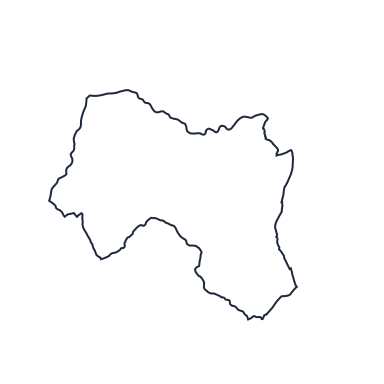 the district of Sutatenza, Boyacá, Colombia, rotated 208°
{"feature_id": "7082276B29304036127209", "entity_name": "Sutatenza", "entity_type": "district", "adm_level": 2, "iso_a3": "COL", "parent_name": "Colombia", "parent_adm1": "Boyacá", "projection": "robinson", "projection_center": [-73.439, 5.025], "detail": "fine", "context": "isolated", "style": "outline", "palette": "slate", "viewbox_px": 384, "rotation_deg": 208, "n_neighbors": 0, "source": "geoboundaries", "source_scale": "gbopen_adm2", "svg_char_len": 6054}
<svg xmlns="http://www.w3.org/2000/svg" viewBox="0 0 384 384"><g transform="rotate(208 192 192)"><path d="M314.0,117.2L310.6,116.8L307.6,116.3L306.6,115.9L305.8,115.5L304.5,114.1L303.7,113.8L302.6,113.7L300.2,113.8L299.5,113.8L297.8,113.3L296.6,112.7L294.3,111.0L292.8,110.4L291.6,113.1L291.0,114.1L287.4,117.0L286.5,118.0L284.5,117.1L281.9,116.0L281.7,116.1L281.6,117.6L279.9,120.9L279.5,121.4L278.7,121.1L278.0,120.5L277.4,119.2L276.6,117.2L275.3,115.7L274.2,113.7L273.3,111.7L272.7,111.0L271.1,109.3L269.5,108.1L265.4,105.7L263.8,104.5L259.8,102.1L258.9,101.4L257.5,99.9L256.0,99.4L255.4,99.0L252.9,96.2L250.6,94.9L247.7,92.3L246.8,91.6L244.8,91.1L242.6,91.1L242.0,90.9L240.9,89.9L239.1,91.6L235.8,95.6L235.3,96.6L234.6,99.1L234.2,99.8L233.6,100.6L230.6,103.1L229.8,104.3L229.5,105.1L228.8,106.3L228.3,107.6L228.2,108.9L227.7,109.5L226.4,110.3L226.0,111.1L225.8,112.1L226.0,112.8L226.3,113.3L227.3,114.5L227.6,115.3L227.4,116.6L227.7,117.2L227.8,118.1L227.6,121.1L227.3,121.9L226.2,123.0L224.8,126.9L224.8,127.5L225.4,129.5L224.9,131.0L224.2,134.0L223.3,136.5L222.5,137.8L221.7,138.7L220.9,139.1L219.7,139.1L218.7,139.6L218.4,140.1L218.0,141.1L217.9,141.7L218.3,143.7L218.1,144.9L217.4,147.2L215.9,150.1L214.2,150.6L212.7,151.5L211.5,151.8L210.7,152.0L206.5,152.2L205.1,152.8L203.7,153.2L203.3,153.2L201.7,152.7L200.8,152.6L198.1,153.0L195.3,152.9L193.4,153.4L191.7,153.5L189.9,152.7L189.2,152.2L187.3,150.7L185.4,149.4L181.4,147.4L177.7,146.8L176.4,146.9L174.6,146.4L173.8,145.7L173.0,144.6L172.5,144.1L172.0,143.8L169.7,143.5L169.2,143.6L168.5,143.8L166.4,145.0L165.5,145.4L162.5,146.3L161.5,145.8L159.9,145.9L158.1,145.1L155.8,143.8L155.4,143.4L155.0,142.7L155.1,141.5L154.9,140.9L153.8,138.2L152.5,133.7L151.8,132.2L151.0,130.1L151.0,129.9L152.3,128.2L153.0,126.0L153.1,125.3L152.8,125.0L152.0,123.9L151.0,123.0L147.9,121.5L147.0,121.2L146.4,121.1L145.5,121.2L144.9,121.2L143.5,120.7L142.5,120.3L139.6,118.5L138.6,117.5L137.4,114.7L136.7,113.5L136.3,112.9L135.4,112.3L134.3,111.9L132.2,111.5L130.5,111.1L129.1,111.1L127.3,111.4L125.9,112.3L124.2,112.8L118.3,113.2L117.7,113.1L116.6,112.8L115.5,113.4L114.4,113.7L113.7,113.6L112.1,112.9L111.6,112.9L111.1,113.0L109.3,113.7L108.2,113.8L107.5,113.5L107.0,112.8L106.4,111.7L105.9,111.1L105.0,110.6L102.9,110.5L101.5,111.0L99.9,111.1L99.1,110.9L97.4,110.3L96.7,109.9L95.8,109.7L93.6,109.9L91.6,110.4L91.1,110.4L90.5,110.2L88.4,109.0L87.3,108.6L85.6,108.4L85.0,108.1L82.6,105.8L80.8,108.1L79.5,111.0L78.8,111.7L76.8,111.7L76.3,111.8L73.5,113.4L72.2,113.6L71.8,113.5L70.9,112.6L70.7,112.5L70.0,113.1L70.1,115.9L70.4,117.0L69.9,117.7L68.9,118.5L69.0,119.2L68.5,119.6L68.4,120.9L67.7,123.0L67.2,125.6L66.8,126.9L66.0,134.1L65.5,136.6L64.3,141.1L63.7,142.2L60.4,144.1L58.5,145.8L57.6,146.9L57.2,147.6L56.5,152.0L55.7,155.4L54.9,157.4L56.8,158.4L60.2,161.6L61.0,162.5L64.8,166.4L66.3,168.3L68.9,171.0L69.6,169.8L79.0,176.6L80.1,177.7L80.6,178.5L81.2,179.0L85.3,181.2L87.0,181.9L88.3,182.3L88.7,183.6L89.0,184.2L90.1,184.8L92.5,186.7L93.4,188.1L94.0,189.2L94.3,190.4L95.3,191.7L95.9,192.0L96.5,192.0L96.6,193.9L99.0,196.6L101.5,199.1L102.1,200.0L102.6,200.8L103.3,203.3L103.5,204.4L103.7,206.1L103.7,212.0L103.5,217.0L104.0,217.6L104.7,219.3L105.8,222.6L106.9,223.9L107.6,225.4L108.2,225.1L109.2,229.0L109.8,231.9L111.9,237.2L112.6,239.9L112.4,241.4L112.3,245.3L112.6,248.7L113.0,253.9L113.9,258.4L115.2,262.0L118.4,268.7L119.3,270.2L120.5,271.6L121.2,272.9L122.4,274.3L124.0,275.4L124.2,275.5L125.1,274.5L126.0,273.3L126.8,271.7L129.2,268.8L131.5,266.5L133.2,265.3L134.5,263.9L135.4,265.8L135.3,267.1L135.5,267.7L135.3,268.6L135.5,269.1L136.0,269.7L137.4,270.7L138.8,271.2L140.7,271.7L141.8,272.2L143.2,272.5L144.0,273.2L145.2,273.5L146.2,273.9L147.0,273.8L148.0,274.1L148.7,273.8L149.6,273.6L151.6,273.4L152.0,273.5L152.2,273.8L152.4,275.0L153.6,275.4L153.8,275.8L153.9,276.4L154.1,276.7L155.0,277.1L155.6,277.7L155.8,278.1L155.9,279.2L156.1,279.5L156.5,279.7L157.6,281.2L158.1,281.3L158.7,281.3L159.1,281.4L159.3,281.7L159.4,282.1L159.4,283.2L159.9,284.7L159.7,285.6L160.2,287.0L160.2,287.7L160.1,288.7L159.5,291.3L159.5,292.6L160.7,293.2L162.2,293.7L163.8,294.0L165.4,294.1L167.0,293.6L168.6,292.3L170.7,290.3L172.2,288.7L173.7,286.1L175.2,285.0L179.7,283.7L181.1,283.1L182.3,282.3L183.4,280.8L184.4,279.0L185.3,276.4L185.8,274.2L186.2,271.0L187.1,266.6L187.9,265.2L188.8,264.3L189.9,264.0L190.8,264.0L193.3,265.1L194.4,265.2L195.6,265.0L196.8,264.4L197.9,263.1L198.0,261.9L197.6,259.4L197.7,258.1L197.8,257.1L198.4,256.2L199.6,255.8L200.9,256.1L202.0,256.3L205.9,256.1L207.1,255.7L207.9,254.6L208.3,253.4L208.4,252.3L207.8,251.1L207.7,249.5L208.1,248.5L209.1,247.9L210.3,247.6L212.4,247.6L214.0,246.9L215.2,246.2L216.6,245.1L219.5,243.6L221.2,243.0L223.1,243.1L224.7,243.4L226.2,244.8L227.5,246.7L228.9,248.0L229.8,248.7L230.9,248.9L233.4,248.5L238.4,249.3L239.6,249.1L242.3,248.2L244.8,247.7L245.9,247.6L247.0,248.0L247.6,248.6L249.3,249.5L251.4,249.2L255.4,249.7L257.2,248.6L259.4,246.4L260.5,245.8L261.5,245.6L262.8,245.6L264.4,246.1L267.3,247.7L268.4,248.6L270.6,249.8L271.7,249.9L273.0,249.7L275.0,248.9L275.6,248.9L276.3,249.1L278.8,250.4L279.8,250.5L281.5,250.0L282.4,249.9L283.8,250.3L285.0,251.3L285.8,252.3L286.7,253.1L287.6,253.3L288.7,253.2L291.5,252.4L295.8,252.1L297.5,251.3L299.6,249.7L303.7,245.9L304.9,244.5L306.3,243.3L309.2,241.3L312.6,239.4L317.3,235.1L321.6,231.9L324.8,230.3L326.6,229.7L327.6,229.0L328.2,227.6L328.6,226.1L329.1,225.0L328.3,223.7L326.1,218.0L325.8,213.7L325.4,210.6L324.3,205.4L323.4,202.7L321.3,198.5L320.9,196.5L321.1,194.6L321.9,192.9L322.4,191.6L322.2,187.1L321.5,183.6L320.5,182.0L319.2,180.2L318.2,179.3L318.0,178.3L317.6,177.1L316.6,175.6L316.0,173.9L316.1,172.2L316.7,170.1L316.9,168.7L316.2,167.4L313.2,165.0L312.1,163.3L311.7,161.3L311.7,160.0L312.1,158.3L313.0,156.5L313.6,154.6L313.5,152.8L313.0,151.5L311.3,148.8L311.5,147.8L312.0,146.8L313.8,144.1L315.3,142.1L316.0,141.1L316.0,140.0L315.6,137.4L315.7,135.8L316.8,131.7L317.1,129.9L317.2,128.6L316.8,127.2L315.3,122.8L314.5,119.8L314.0,117.2Z" fill="none" stroke="#1e293b" stroke-width="2"/></g></svg>